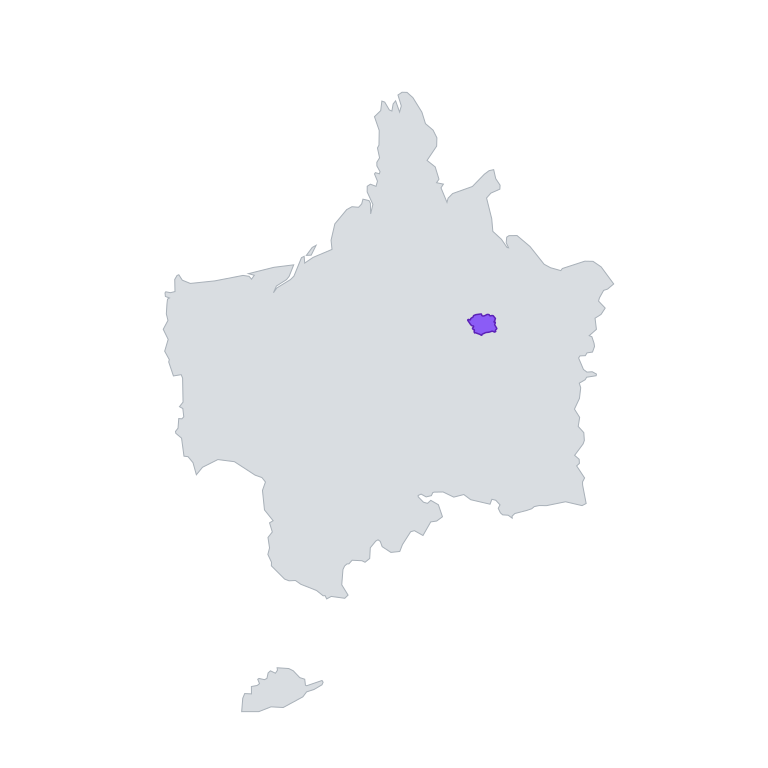 France, with Essonne highlighted, rotated 69°
{"feature_id": "FRA-5289", "entity_name": "Essonne", "entity_type": "Metropolitan department", "adm_level": 1, "iso_a3": "FRA", "parent_name": "France", "parent_adm1": "", "projection": "orthographic", "projection_center": [2.213, 48.526], "detail": "fine", "context": "in_parent", "style": "filled", "palette": "violet", "viewbox_px": 768, "rotation_deg": 69, "n_neighbors": 0, "source": "natural_earth", "source_scale": "10m", "svg_char_len": 4938}
<svg xmlns="http://www.w3.org/2000/svg" viewBox="0 0 768 768"><g transform="rotate(69 384 384)"><path d="M555.2,312.4L551.0,315.1L548.7,320.1L546.0,321.5L541.0,321.9L538.4,319.0L532.6,321.3L530.3,324.6L534.2,328.1L523.1,344.5L515.8,349.1L514.6,359.4L506.0,367.5L503.0,375.7L502.8,377.3L505.2,379.8L504.5,385.1L500.1,388.8L500.3,392.1L501.6,392.5L508.5,389.5L511.0,386.2L509.4,382.0L516.2,376.5L528.9,377.0L530.8,383.9L529.5,389.8L539.4,401.9L531.8,408.2L531.5,412.1L540.5,424.3L546.0,429.3L543.7,437.9L535.2,444.0L529.6,443.9L527.3,445.4L527.7,448.0L532.0,455.5L541.8,459.9L543.6,465.6L541.1,467.9L537.1,476.9L539.3,481.2L538.7,483.1L539.8,486.0L542.5,488.8L556.3,495.4L568.2,493.2L570.0,497.4L563.4,509.4L564.1,514.5L560.4,514.9L559.9,516.7L552.6,521.0L541.2,533.4L535.7,537.1L533.7,543.2L530.5,546.7L513.4,554.3L510.0,552.9L501.5,553.5L496.0,549.6L485.7,547.3L482.1,541.3L472.6,540.6L471.9,536.5L458.7,540.7L439.8,535.6L433.0,529.8L427.6,531.5L422.9,537.0L402.9,551.5L395.0,566.2L396.7,583.3L401.5,591.7L389.0,590.5L381.6,593.0L379.7,596.6L362.0,592.4L355.5,596.0L353.6,595.7L351.4,592.1L342.7,588.0L344.1,585.2L342.9,582.7L334.8,580.6L331.9,583.1L328.9,578.1L306.3,569.9L302.6,570.0L301.0,577.7L286.3,577.1L284.3,575.7L274.8,577.0L265.0,569.5L253.8,570.5L247.2,562.9L240.6,562.1L231.4,557.9L227.2,555.7L226.8,553.5L223.9,556.7L220.5,555.8L219.7,554.7L222.2,550.7L222.8,546.0L211.4,541.9L208.5,538.3L208.5,536.4L214.8,535.1L220.7,528.8L227.1,505.0L232.1,476.7L235.1,471.4L238.7,470.1L236.0,466.1L232.4,471.0L235.6,445.0L240.4,425.6L249.5,434.0L251.6,437.6L254.0,449.4L259.2,454.5L255.9,449.6L253.0,433.9L251.0,429.4L236.5,415.8L236.2,412.8L242.7,414.7L240.4,404.8L239.7,384.3L230.8,381.9L216.9,372.5L207.8,356.3L207.0,350.4L209.9,344.4L207.9,340.3L203.9,337.4L207.4,332.3L210.3,331.9L220.4,335.5L212.3,330.0L198.7,330.9L193.4,328.8L192.6,325.1L196.6,320.6L192.3,317.4L184.5,317.6L183.6,316.3L186.1,313.0L184.3,311.6L177.9,312.5L174.4,311.2L171.3,307.1L161.3,305.5L159.2,303.1L145.6,297.6L131.0,297.1L127.6,289.1L119.1,284.6L121.1,282.3L130.1,280.8L132.0,278.8L125.8,275.1L123.8,271.7L135.7,272.0L130.6,268.2L119.2,267.4L118.1,262.6L120.0,258.0L127.0,254.4L143.8,251.2L155.8,252.0L164.6,247.2L173.1,246.4L180.8,249.6L190.7,263.7L199.7,258.4L212.5,259.3L214.9,262.8L218.7,256.9L221.3,260.5L237.0,260.1L233.5,257.6L230.8,251.7L231.3,230.7L224.1,215.1L222.5,209.4L223.2,204.8L232.3,206.1L240.0,204.4L243.6,206.0L244.1,215.8L247.1,221.6L268.3,224.2L280.5,227.7L291.0,222.5L300.7,220.2L301.5,218.9L295.9,219.3L290.9,216.8L290.3,214.2L293.1,206.6L308.0,198.4L329.6,191.6L335.1,186.9L341.5,178.3L340.1,176.1L341.3,152.5L344.4,144.9L352.5,139.3L372.9,133.7L375.5,141.2L375.3,145.4L380.8,152.0L383.5,154.0L392.4,150.3L396.8,156.4L398.2,163.4L409.1,166.1L412.4,175.1L414.4,173.0L421.2,173.3L424.4,174.0L428.9,177.9L427.7,183.3L429.7,185.9L428.0,190.9L429.4,193.0L441.9,192.6L445.6,190.3L447.2,185.2L450.9,182.1L452.3,183.0L450.3,192.4L452.1,194.7L453.2,201.4L458.0,201.7L467.5,206.7L475.7,215.2L485.3,213.3L493.2,217.9L501.0,214.9L508.5,217.2L511.3,219.6L518.9,231.6L524.2,228.8L528.1,230.0L529.5,233.5L543.6,230.4L546.5,233.7L549.5,234.8L568.0,238.1L568.5,242.7L559.0,256.7L555.8,275.9L553.1,282.6L552.3,287.6L553.4,290.8L553.2,295.9L551.8,308.3L553.3,311.8L555.2,312.4ZM644.1,558.8L643.7,566.6L647.0,571.9L649.9,594.0L644.9,605.2L645.0,618.3L638.9,634.3L626.8,628.5L623.1,625.0L625.8,618.8L618.9,616.2L620.0,610.4L619.1,607.6L614.4,607.7L614.1,606.2L617.2,601.5L616.9,598.8L612.2,595.7L611.1,592.8L615.1,589.0L613.0,586.0L610.6,585.5L615.5,574.9L619.2,571.5L627.9,567.9L631.2,563.8L637.1,565.3L638.0,564.3L638.6,548.1L640.6,547.7L642.6,549.7L644.1,558.8ZM237.6,405.8L236.1,410.4L230.8,402.1L230.2,397.7L237.6,405.8Z" fill="#d9dde1" stroke="#a8b0b8" stroke-width="1"/><path d="M355.1,268.1L355.6,267.8L356.1,267.0L356.3,266.0L356.3,265.1L356.0,263.1L356.2,262.2L356.7,261.3L357.0,261.0L357.8,260.9L358.2,260.7L358.5,260.2L358.8,258.6L359.1,258.0L359.4,257.6L362.4,256.6L363.0,256.6L363.4,257.1L364.4,257.7L365.2,258.9L365.6,259.0L366.0,258.6L366.3,258.0L367.0,258.3L368.0,259.3L368.6,259.4L372.3,258.8L372.8,258.9L373.6,260.4L374.0,260.9L374.5,261.1L375.0,261.0L375.2,262.0L374.7,262.7L373.9,263.4L373.4,264.3L373.3,266.9L373.1,268.1L372.5,270.3L372.5,271.5L372.6,272.4L372.7,274.3L372.8,274.7L373.5,275.3L373.1,275.9L372.1,276.6L368.9,280.3L368.8,280.5L368.8,281.0L367.7,281.2L366.1,280.3L365.8,280.3L365.5,280.5L365.3,280.9L364.9,281.2L364.0,281.5L363.6,281.3L363.4,281.1L363.3,280.7L363.1,280.4L362.8,280.0L362.3,279.7L362.0,279.7L361.7,279.9L361.4,280.6L361.2,280.9L360.9,281.2L359.7,281.8L354.6,283.0L354.0,282.6L354.0,282.3L354.0,282.0L354.2,281.7L354.5,281.4L355.0,280.7L355.0,280.4L354.9,280.2L354.2,279.8L353.9,279.3L353.7,278.6L353.5,277.4L353.3,276.8L353.0,276.4L352.6,276.2L352.3,275.8L352.2,275.3L352.2,274.1L352.2,273.2L353.3,268.6L353.5,268.1L353.9,268.0L355.1,268.1Z" fill="#8b5cf6" stroke="#5b21b6" stroke-width="1.5"/></g></svg>